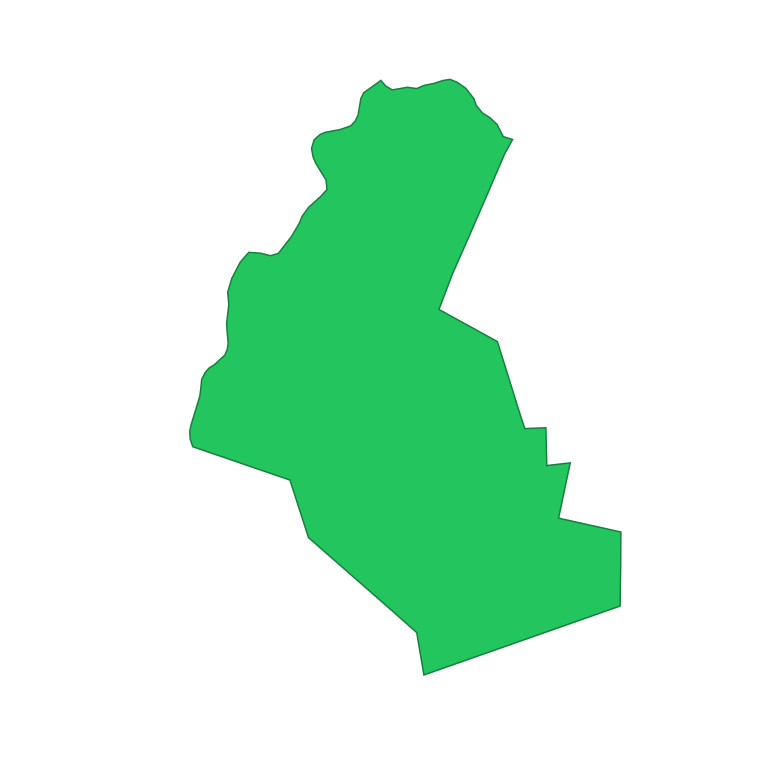 Lagoa do Piauí, Piauí, Brazil (Albers equal-area conic projection), rotated 251°
{"feature_id": "56859067B46301413815752", "entity_name": "Lagoa do Piauí", "entity_type": "district", "adm_level": 2, "iso_a3": "BRA", "parent_name": "Brazil", "parent_adm1": "Piauí", "projection": "albers", "projection_center": [-42.544, -5.453], "detail": "fine", "context": "isolated", "style": "filled", "palette": "green", "viewbox_px": 768, "rotation_deg": 251, "n_neighbors": 0, "source": "geoboundaries", "source_scale": "gbopen_adm2", "svg_char_len": 1213}
<svg xmlns="http://www.w3.org/2000/svg" viewBox="0 0 768 768"><g transform="rotate(251 384 384)"><path d="M386.9,182.8L323.8,263.8L263.3,262.6L164.5,319.2L138.3,334.0L95.9,327.0L97.2,535.0L135.9,548.9L154.2,555.3L166.9,559.8L200.3,505.4L248.8,534.4L253.9,511.4L289.9,522.8L292.9,512.9L296.0,502.6L310.6,502.8L375.4,504.7L387.2,505.0L436.6,460.2L466.0,484.8L493.7,510.5L533.6,547.0L562.0,572.7L573.3,585.2L579.1,577.3L592.6,575.4L601.4,570.8L608.1,565.4L617.3,561.9L624.5,561.9L637.0,557.6L645.7,551.2L650.6,545.5L651.8,538.1L652.0,528.6L653.3,519.3L652.7,511.1L657.0,502.6L658.2,494.8L659.4,487.5L665.2,482.6L672.1,479.9L667.9,466.1L666.0,459.6L661.5,455.1L646.8,447.1L642.0,442.4L638.9,436.5L638.9,425.3L641.1,410.3L640.7,404.7L637.6,397.4L630.4,392.2L622.2,390.9L615.4,391.3L606.0,393.3L595.9,395.6L586.5,393.4L582.2,385.8L575.7,370.4L569.1,361.0L563.6,356.3L553.5,344.4L541.9,326.6L542.2,318.6L547.8,310.0L552.5,299.0L545.9,287.6L533.4,274.5L521.7,266.1L509.6,263.1L492.9,255.1L484.9,252.8L473.2,249.9L467.8,247.1L463.2,243.0L457.4,229.7L456.1,223.9L453.1,218.7L447.7,213.1L438.5,208.9L432.3,205.8L408.6,188.6L402.7,185.0L395.2,182.8L386.9,182.8Z" fill="#22c55e" stroke="#15803d" stroke-width="1.5"/></g></svg>